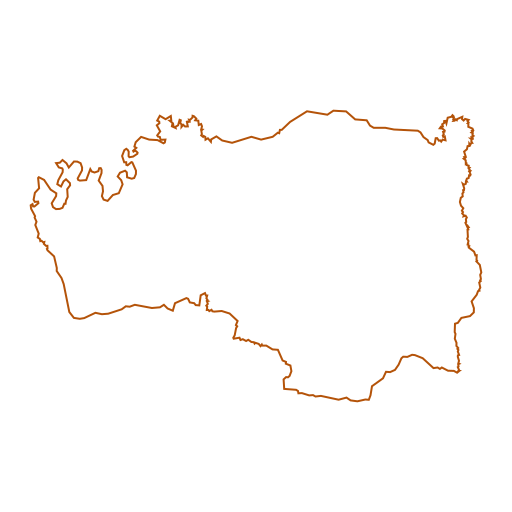 outline of Kusuman, Sakon Nakhon, Thailand
{"feature_id": "78962969B62467270664056", "entity_name": "Kusuman", "entity_type": "district", "adm_level": 2, "iso_a3": "THA", "parent_name": "Thailand", "parent_adm1": "Sakon Nakhon", "projection": "equal_earth", "projection_center": [104.295, 17.348], "detail": "fine", "context": "isolated", "style": "outline", "palette": "amber", "viewbox_px": 512, "rotation_deg": 0, "n_neighbors": 0, "source": "geoboundaries", "source_scale": "gbopen_adm2", "svg_char_len": 6042}
<svg xmlns="http://www.w3.org/2000/svg" viewBox="0 0 512 512"><path d="M467.9,237.0L467.5,229.8L468.3,229.5L467.5,227.4L468.6,227.2L467.6,225.8L467.1,226.5L465.4,222.8L466.2,222.0L465.9,219.2L466.8,217.5L465.6,215.7L463.6,216.3L464.0,215.3L462.2,213.5L463.0,212.1L461.9,210.7L463.3,208.2L461.0,205.7L459.9,202.0L460.8,197.8L462.7,196.4L462.4,193.5L463.5,192.3L463.1,190.2L464.0,190.0L464.2,188.3L462.8,183.8L464.0,184.7L465.8,183.8L465.9,181.6L466.9,181.6L466.2,180.5L466.9,178.6L468.6,178.1L469.1,175.3L470.2,175.5L470.6,174.6L469.6,172.0L470.3,171.1L469.2,171.0L469.7,169.8L468.7,168.5L469.4,167.8L468.5,167.6L468.7,165.7L466.8,165.1L466.5,163.6L465.8,164.0L465.7,160.3L463.7,158.7L464.9,158.1L464.3,157.1L465.8,156.9L464.1,151.6L466.9,149.3L467.6,146.1L469.3,146.0L469.3,143.7L470.2,145.0L471.3,142.9L472.2,142.9L471.3,141.2L471.6,139.4L470.8,138.7L471.9,138.8L471.6,137.6L472.7,138.1L472.4,136.6L473.5,135.9L472.4,135.0L472.8,133.2L471.4,132.5L472.7,131.5L472.0,130.7L473.2,130.2L472.5,128.6L468.3,126.8L468.4,123.6L467.7,123.3L468.6,122.4L467.5,121.0L468.6,119.9L465.1,118.9L463.6,120.5L462.0,119.1L462.3,116.8L457.1,119.1L456.8,120.2L455.5,119.4L454.6,120.7L453.7,120.8L454.6,119.7L453.3,119.4L453.9,117.8L452.5,117.0L453.5,116.2L452.5,115.2L451.3,116.8L447.7,117.7L446.4,123.5L445.4,120.9L444.2,121.0L444.0,123.1L442.2,124.3L442.9,126.4L441.0,126.6L439.8,128.3L442.3,128.5L444.7,130.5L444.5,131.7L443.1,131.9L443.8,134.3L442.8,135.5L443.3,136.9L444.8,136.4L445.5,140.3L442.6,139.6L441.2,141.6L440.2,140.4L438.9,140.7L437.1,138.1L435.7,138.2L434.7,143.6L433.3,144.8L428.6,142.4L427.7,140.1L423.5,137.1L420.5,132.4L417.8,130.7L393.9,129.5L385.3,127.8L373.7,127.8L370.0,125.6L366.7,120.3L355.2,119.4L346.1,111.4L333.4,110.7L327.4,114.7L307.0,111.3L290.1,121.9L281.7,129.9L279.9,129.9L279.2,133.2L277.8,132.7L272.7,136.8L261.1,139.6L251.4,136.8L232.1,142.8L222.2,140.5L216.4,136.4L211.2,139.4L210.9,141.8L207.9,138.3L205.5,139.7L205.3,136.9L203.7,136.0L203.1,136.9L201.2,135.4L201.9,134.3L201.3,130.6L202.4,129.6L201.2,129.4L202.0,126.3L201.1,124.0L198.8,125.0L198.3,120.7L195.2,120.3L196.3,118.6L193.9,116.2L192.6,115.8L192.5,117.5L190.0,119.9L189.0,119.7L189.7,121.7L187.5,122.1L186.7,120.9L187.8,126.4L185.1,126.5L183.2,124.8L181.5,126.9L181.6,124.4L180.2,123.1L180.8,120.3L179.6,119.8L178.1,125.3L175.3,126.9L175.6,128.0L171.9,126.3L172.4,124.0L173.2,124.6L173.0,123.4L169.7,120.7L171.3,120.5L170.8,116.0L165.6,119.2L159.8,115.8L157.2,120.6L159.2,121.6L159.4,123.2L156.8,125.3L160.2,131.4L157.2,135.4L158.0,136.6L159.8,136.9L160.6,139.8L165.4,139.6L164.8,142.5L163.5,143.3L157.6,140.1L149.2,139.6L141.1,136.9L135.7,142.2L134.4,146.6L136.3,147.9L133.1,150.8L133.5,151.6L134.9,150.7L136.3,151.3L137.6,152.7L137.3,153.8L133.1,156.6L129.4,157.2L128.6,156.2L128.7,151.7L127.8,150.0L126.3,148.8L124.3,150.2L122.1,156.0L124.2,162.3L126.2,162.2L126.4,164.9L127.6,165.3L131.4,162.1L132.3,162.4L136.0,170.7L135.9,174.1L134.2,178.0L131.7,178.7L127.1,177.3L126.8,172.3L125.1,170.7L120.0,172.7L117.7,176.5L121.2,180.2L122.6,184.3L118.8,193.2L112.9,195.0L107.6,200.9L103.6,199.6L101.9,196.1L103.0,191.3L102.5,185.9L98.7,180.6L101.5,173.1L101.6,169.9L100.7,168.1L99.2,168.2L98.3,171.2L94.5,172.5L91.7,171.5L90.3,169.1L86.2,180.1L79.8,180.6L78.1,179.8L77.7,178.4L82.0,170.4L82.1,167.5L80.6,163.2L77.3,161.6L74.0,161.5L68.8,167.5L66.5,163.3L62.5,160.0L59.8,162.7L56.1,163.1L58.8,167.4L62.3,168.4L62.8,169.7L62.6,172.3L58.3,180.2L57.3,184.2L61.0,186.5L63.5,181.4L66.0,179.3L69.9,183.1L70.1,185.3L67.2,189.2L67.7,196.9L66.0,200.5L65.5,203.8L64.3,203.7L62.5,207.8L59.7,208.9L56.0,209.1L53.0,207.1L51.7,203.3L56.1,196.1L56.3,193.3L50.6,189.6L44.1,179.9L38.8,177.2L38.1,178.0L39.1,188.3L34.9,192.8L33.6,199.7L34.8,201.9L38.1,201.6L38.4,203.2L34.4,206.5L33.1,206.4L32.5,204.1L30.7,205.3L31.1,208.7L35.1,216.2L34.6,217.5L36.5,221.7L35.3,225.0L38.7,233.6L37.7,237.5L39.8,238.8L40.3,241.1L41.5,240.7L43.1,242.3L44.3,242.0L43.9,243.9L46.1,245.9L47.4,245.8L47.5,248.4L46.9,248.9L47.5,250.3L54.1,256.4L56.8,268.0L56.7,271.0L61.5,278.0L63.7,284.1L69.3,312.0L73.9,317.9L79.8,318.8L84.2,318.1L95.4,312.8L101.9,314.2L108.2,313.7L121.7,309.3L125.8,306.3L129.7,306.7L134.8,304.8L151.9,308.0L160.0,307.3L163.9,304.8L167.6,308.5L172.8,310.7L175.0,303.2L186.4,298.1L188.1,298.8L189.8,302.4L194.2,303.2L195.7,305.1L199.3,305.4L200.7,295.3L205.0,293.1L205.9,295.5L207.2,295.5L206.4,298.3L207.5,299.9L206.9,300.7L207.8,301.1L207.0,301.4L207.8,303.9L206.3,305.7L207.2,306.6L206.8,310.0L208.4,309.9L209.3,311.1L211.5,309.8L212.4,311.3L214.3,311.6L221.7,311.0L229.6,313.5L237.6,321.0L235.9,325.1L237.2,326.3L236.1,328.1L234.7,335.3L233.3,337.8L233.7,338.7L239.5,337.7L240.5,340.0L242.8,339.2L246.1,341.0L248.3,339.8L251.4,342.0L253.9,342.2L254.6,343.6L255.4,342.8L258.7,343.9L260.5,346.1L261.8,344.5L262.3,345.6L266.3,345.6L272.5,349.4L277.9,349.8L282.6,360.5L286.0,361.9L285.8,363.7L290.4,365.5L291.4,371.2L289.6,375.9L288.0,377.3L286.1,377.1L283.6,379.4L284.2,388.9L296.1,389.8L298.0,391.0L298.4,393.3L301.9,393.1L309.2,395.4L313.0,395.1L315.5,396.5L320.9,395.9L338.6,399.7L346.5,397.6L350.6,400.4L357.4,401.3L365.4,399.5L368.8,399.8L370.5,395.3L372.0,386.2L383.0,378.3L386.0,371.8L390.1,372.1L395.0,369.9L398.6,364.7L401.4,358.3L403.2,356.7L407.4,356.9L412.1,354.8L414.9,355.1L422.7,358.2L433.5,368.1L437.6,367.5L439.9,368.9L441.8,367.5L448.0,370.7L453.9,370.9L457.1,372.7L459.2,371.0L458.3,371.0L459.1,370.1L457.8,367.1L458.5,366.5L458.2,364.3L459.2,363.8L458.3,363.4L459.0,360.8L457.8,356.8L457.9,355.4L459.1,355.0L457.8,351.5L458.4,350.0L457.4,348.9L458.2,348.0L456.4,345.9L456.5,342.8L454.8,338.7L455.5,333.9L454.7,332.1L455.0,323.7L457.8,322.9L461.4,317.9L470.0,316.1L473.8,312.4L473.9,308.2L471.6,301.4L476.7,294.8L478.0,291.2L479.4,290.7L479.0,290.1L480.3,287.6L479.2,282.5L480.7,281.1L480.1,280.5L480.9,279.0L480.2,274.9L481.3,272.4L479.8,264.9L476.4,261.4L477.1,260.7L476.5,259.8L476.7,255.2L475.4,255.4L474.1,251.7L468.8,247.6L469.2,246.2L468.5,246.2L468.3,244.1L467.7,244.2L468.5,241.0L467.2,238.8L467.9,237.0Z" fill="none" stroke="#b45309" stroke-width="2"/></svg>